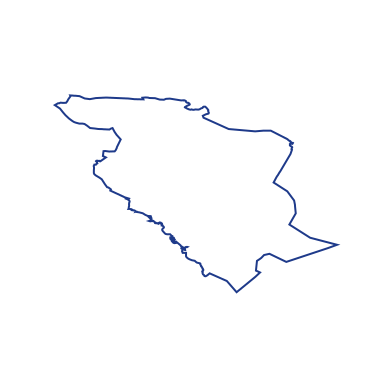 outline of Hol nor, Buskerud, Norway, rotated 193°
{"feature_id": "86288312B33339816949909", "entity_name": "Hol nor", "entity_type": "district", "adm_level": 2, "iso_a3": "NOR", "parent_name": "Norway", "parent_adm1": "Buskerud", "projection": "natural_earth1", "projection_center": [8.123, 60.604], "detail": "fine", "context": "isolated", "style": "outline", "palette": "blue", "viewbox_px": 384, "rotation_deg": 193, "n_neighbors": 0, "source": "geoboundaries", "source_scale": "gbopen_adm2", "svg_char_len": 5819}
<svg xmlns="http://www.w3.org/2000/svg" viewBox="0 0 384 384"><g transform="rotate(193 192 192)"><path d="M126.0,104.4L111.1,123.7L107.6,128.9L112.0,129.8L113.2,139.5L111.1,141.7L109.7,143.3L107.6,146.8L102.6,149.2L84.4,145.1L46.8,168.0L38.8,173.2L66.6,174.0L89.8,182.2L89.4,183.6L86.1,194.5L88.4,201.3L88.8,202.7L90.6,206.7L99.3,214.1L114.6,219.6L113.1,225.2L112.6,226.7L112.2,227.5L111.1,231.0L110.8,231.5L104.6,251.1L104.1,255.7L104.5,256.0L104.4,256.1L104.5,256.4L104.6,256.6L104.7,257.0L104.6,257.3L104.6,257.6L104.4,257.8L104.4,258.1L104.5,258.3L105.2,258.7L106.3,258.9L106.6,259.1L106.7,259.4L107.1,259.5L107.3,260.4L107.2,260.4L107.2,260.7L107.1,261.0L106.5,261.4L105.0,261.5L104.8,262.1L105.0,262.1L105.0,262.3L105.0,262.5L105.7,262.4L105.9,262.6L105.7,262.6L106.3,262.6L106.5,262.6L106.3,262.5L106.6,262.5L107.1,262.7L107.3,263.0L107.3,263.3L107.9,263.4L108.1,263.8L108.7,263.8L109.9,264.3L110.8,264.9L129.1,269.5L136.0,267.9L144.1,265.3L170.4,261.6L197.5,267.0L198.6,268.7L196.0,270.8L193.6,272.1L193.4,272.9L194.6,274.7L194.5,275.4L195.5,276.3L197.0,277.4L198.3,278.1L199.4,277.9L199.9,277.7L200.0,277.5L200.4,277.2L200.4,276.8L200.7,276.5L200.7,276.4L200.8,276.2L202.0,275.5L202.6,274.9L203.2,274.3L203.8,274.0L204.3,273.7L207.3,273.2L208.7,272.5L209.1,272.4L209.8,272.3L211.0,272.4L211.7,271.9L213.3,271.8L215.6,272.2L216.9,272.6L218.0,272.9L218.0,273.1L216.9,274.2L216.7,274.3L216.3,274.8L214.0,276.5L213.9,276.9L214.5,277.6L215.0,277.8L215.9,278.1L216.4,277.9L217.3,278.0L218.3,278.6L218.4,279.2L219.1,279.4L219.5,279.6L219.9,279.6L220.0,279.6L220.4,279.6L220.8,279.3L221.1,279.4L221.8,279.2L223.1,278.8L234.6,278.0L238.3,276.9L240.1,275.6L244.3,274.8L249.1,275.1L254.7,274.0L256.0,274.1L258.5,273.7L261.5,272.7L260.3,271.3L268.9,269.5L274.9,268.8L296.9,264.7L306.8,261.9L312.4,259.5L317.6,259.0L323.1,260.1L327.7,259.5L328.8,259.2L329.5,259.2L332.4,258.7L331.9,258.1L333.4,254.5L334.0,252.2L334.8,250.6L337.7,249.8L340.0,249.5L340.6,249.2L341.3,248.6L342.1,248.4L342.5,248.3L345.2,245.8L339.4,243.6L335.5,240.5L332.6,238.4L328.5,236.0L326.7,235.2L324.4,234.2L322.5,233.6L320.6,233.4L317.2,233.3L314.3,234.0L312.0,234.1L309.1,233.0L305.7,231.4L300.8,232.0L297.5,232.3L293.5,233.1L292.5,233.2L286.5,234.3L285.3,235.5L283.8,236.4L280.9,233.1L278.3,230.7L273.3,227.2L275.3,218.6L275.2,218.0L275.8,215.5L276.5,214.2L281.8,212.8L285.9,212.4L287.4,211.9L286.9,207.0L283.7,206.3L288.3,201.2L288.5,201.2L288.5,201.5L288.9,201.6L289.2,201.5L289.2,201.3L291.5,201.2L292.2,200.9L292.5,200.4L292.4,200.3L292.1,200.3L291.4,200.6L291.3,200.3L291.3,199.6L291.2,199.3L290.7,198.6L291.2,198.2L291.3,197.9L291.9,197.3L291.9,197.0L293.3,196.7L293.4,195.8L293.6,195.4L293.5,194.9L293.1,194.2L292.7,192.6L292.6,191.5L291.9,188.4L291.2,187.4L289.5,186.5L285.5,185.2L282.8,184.1L278.6,180.0L275.8,177.6L274.7,177.6L273.9,177.4L273.5,177.1L272.0,176.6L271.7,176.3L271.9,176.1L271.8,175.9L271.8,175.6L271.9,175.0L256.3,171.7L251.9,171.4L252.0,171.2L253.1,171.3L253.9,170.9L255.2,171.0L255.2,170.7L253.1,170.4L251.1,169.5L250.6,168.5L250.8,167.2L250.5,165.5L250.1,164.3L250.2,163.4L250.0,161.6L250.1,161.2L248.7,161.5L248.3,161.5L247.5,161.6L247.3,161.6L247.3,161.4L247.2,161.3L246.3,161.2L246.4,160.8L244.7,160.9L244.4,161.1L244.1,161.0L243.5,161.0L243.2,160.8L242.6,160.6L242.4,160.4L242.5,160.4L242.1,160.4L242.2,160.2L242.0,160.3L241.6,160.1L238.8,160.3L235.2,160.2L232.3,159.2L229.7,158.7L226.8,159.2L225.9,157.8L227.9,157.5L224.5,155.4L226.8,154.4L227.3,154.1L226.1,154.0L225.4,154.4L224.6,154.6L224.5,154.8L223.4,154.8L223.0,155.1L221.3,154.0L221.1,153.6L221.0,153.4L220.5,153.4L220.4,153.5L220.6,153.8L220.5,154.0L220.2,153.9L220.1,153.7L219.5,153.7L219.4,153.6L218.5,153.9L217.7,153.4L217.5,153.6L217.6,154.0L217.1,154.1L217.3,154.5L217.0,154.7L216.8,155.0L216.5,155.1L215.5,155.1L214.8,154.6L214.5,154.7L214.1,154.4L214.0,154.0L214.6,154.1L214.8,154.0L214.5,153.8L213.8,153.6L213.9,153.2L214.2,153.0L214.1,152.7L213.9,152.8L213.4,152.5L212.7,152.4L212.0,151.8L211.8,151.8L211.6,151.6L211.4,151.0L212.5,149.3L212.6,148.7L212.5,148.4L212.2,147.8L211.3,147.1L209.0,145.5L208.3,145.2L206.8,145.2L203.8,145.9L202.0,144.7L201.1,144.6L200.8,144.3L201.1,144.4L200.9,143.4L200.7,143.1L199.6,143.4L199.4,143.3L199.3,142.8L198.2,141.8L198.7,141.3L199.3,141.2L199.3,140.9L199.5,140.8L199.8,140.8L199.9,141.1L199.7,141.5L199.4,141.8L199.5,142.0L200.2,141.9L200.7,142.4L201.5,142.7L202.3,143.2L202.5,143.2L202.8,143.0L202.6,142.8L202.7,142.6L202.8,142.2L202.5,141.8L202.5,141.5L202.3,141.4L200.4,139.9L200.5,139.5L198.7,138.3L198.4,138.4L197.7,138.2L197.4,138.3L197.8,138.5L198.0,139.2L198.3,138.8L198.5,138.8L198.6,139.9L198.5,140.1L198.2,140.1L197.3,139.6L197.1,139.6L196.8,139.7L196.5,140.0L196.4,140.1L192.2,138.0L191.1,137.4L190.8,137.1L190.6,136.8L189.5,136.5L188.4,136.0L188.1,135.9L187.7,136.0L187.5,135.9L187.5,135.7L187.2,135.5L185.6,137.0L185.1,137.0L184.6,137.4L184.2,137.4L184.5,137.1L185.3,136.9L186.5,136.0L186.2,135.7L186.3,135.0L185.9,134.6L185.6,133.9L185.9,133.9L186.6,134.7L186.8,134.7L186.6,134.3L187.6,134.3L187.7,134.8L188.2,135.2L188.1,135.3L188.7,135.5L188.8,136.0L189.2,136.1L189.4,135.9L189.3,135.5L189.1,135.0L189.7,134.9L189.7,134.7L189.0,134.6L188.4,134.3L188.5,133.6L188.1,132.8L188.4,132.4L188.4,132.1L188.1,131.6L187.7,131.2L187.6,130.9L187.4,130.6L184.1,131.3L183.4,128.2L183.2,127.8L182.6,127.2L181.5,126.6L180.6,126.2L179.4,125.9L176.7,125.5L173.9,125.6L172.1,124.6L171.3,124.3L168.4,124.3L167.9,124.2L167.6,123.8L167.6,123.2L167.4,123.1L167.3,122.9L166.4,122.1L166.4,121.6L166.1,121.4L165.3,121.0L165.0,120.3L164.4,120.0L164.1,119.6L164.2,119.3L163.4,118.6L163.5,117.8L164.2,117.0L164.1,116.7L163.5,116.2L163.6,115.8L163.6,115.5L162.8,114.3L162.3,114.0L161.5,113.7L160.9,112.9L159.7,113.0L158.3,114.3L156.5,116.7L138.0,113.1L126.0,104.4Z" fill="none" stroke="#1e3a8a" stroke-width="2"/></g></svg>